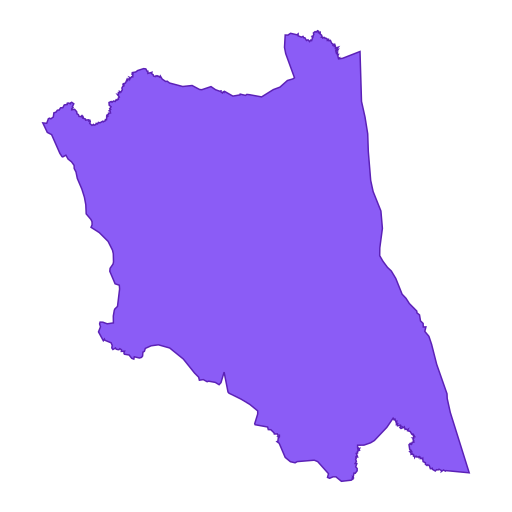 outline of Suwannakhuha, Nong Bua Lam Phu, Thailand
{"feature_id": "78962969B89578186205363", "entity_name": "Suwannakhuha", "entity_type": "district", "adm_level": 2, "iso_a3": "THA", "parent_name": "Thailand", "parent_adm1": "Nong Bua Lam Phu", "projection": "natural_earth1", "projection_center": [102.211, 17.551], "detail": "fine", "context": "isolated", "style": "filled", "palette": "violet", "viewbox_px": 512, "rotation_deg": 0, "n_neighbors": 0, "source": "geoboundaries", "source_scale": "gbopen_adm2", "svg_char_len": 5906}
<svg xmlns="http://www.w3.org/2000/svg" viewBox="0 0 512 512"><path d="M361.5,101.4L360.0,51.5L342.6,58.3L339.0,58.8L339.4,57.9L338.4,58.2L337.8,55.7L338.4,54.4L337.3,54.5L337.5,52.4L336.4,53.1L335.7,50.7L336.0,49.8L336.7,51.0L337.6,50.5L338.0,49.7L337.3,50.1L337.2,48.5L338.2,47.2L335.4,48.1L335.4,46.4L334.3,46.2L335.3,46.0L334.8,44.6L334.1,45.6L333.9,44.6L333.0,45.1L333.0,44.1L331.7,43.3L330.4,40.4L329.6,40.6L329.4,39.8L329.2,40.7L328.2,40.6L328.3,39.5L327.3,40.1L327.3,39.1L325.8,38.1L325.1,38.4L324.2,37.4L322.8,38.0L322.7,37.4L321.5,37.2L322.0,36.5L321.6,35.2L319.5,33.4L320.2,33.3L320.2,32.1L318.3,32.4L318.5,31.2L317.6,30.7L316.1,32.1L315.1,31.6L313.4,33.0L313.8,34.4L313.1,35.9L312.3,36.2L312.8,36.8L312.2,37.0L312.7,37.4L311.6,40.6L310.7,40.1L309.6,41.6L308.0,39.8L306.5,40.5L304.9,37.8L303.7,37.7L303.0,36.4L301.4,37.1L298.1,35.8L298.1,33.9L297.0,34.8L290.6,33.3L287.9,35.1L285.2,35.0L284.5,47.4L285.7,53.6L294.5,77.8L292.9,78.9L287.4,80.5L280.0,87.1L273.3,89.6L261.6,96.9L249.5,94.7L246.8,94.4L245.5,95.4L240.2,94.1L240.0,94.9L232.9,96.1L224.4,91.3L223.8,91.6L223.9,92.4L222.9,92.1L222.4,93.0L220.9,91.8L221.0,90.9L219.6,91.2L215.5,89.7L211.0,86.6L201.8,89.7L199.6,89.5L192.1,85.5L182.7,86.5L169.5,83.0L167.2,81.2L165.7,81.5L162.2,79.1L160.3,76.0L159.8,77.2L157.7,75.8L157.1,76.3L156.1,75.7L155.2,76.6L153.5,76.0L153.2,74.8L151.5,73.5L151.9,72.3L147.9,73.4L147.9,71.3L147.2,71.4L145.8,68.9L143.7,68.6L137.7,70.5L135.7,72.0L132.3,72.6L132.1,74.1L132.9,73.9L132.7,76.9L131.7,76.7L130.7,77.9L129.5,77.4L130.1,78.3L129.7,79.4L129.4,78.7L128.4,79.0L127.6,80.3L127.1,79.2L125.5,83.0L123.2,83.8L123.0,84.6L123.9,84.8L123.8,86.0L122.8,86.3L121.9,88.0L122.3,89.8L120.9,92.1L119.5,91.4L119.7,92.7L118.4,92.6L118.4,94.8L117.4,94.5L119.3,97.1L118.1,98.3L118.4,99.2L116.8,100.2L116.2,99.7L115.1,101.5L113.6,101.0L112.0,102.2L111.2,101.5L109.0,102.5L109.2,105.2L111.1,106.8L109.7,108.7L110.6,109.4L109.1,110.8L110.2,111.3L110.5,113.0L108.5,113.2L108.5,114.3L106.9,115.1L106.7,115.9L107.8,116.2L106.7,117.1L106.5,119.7L105.4,119.6L105.3,120.7L103.3,121.8L102.8,121.2L100.0,122.8L98.4,122.4L97.5,123.9L96.2,123.4L95.7,124.6L94.1,125.2L93.5,124.4L92.0,125.4L89.7,123.4L90.3,121.6L89.9,120.4L88.9,121.0L88.7,119.8L85.6,120.1L85.4,119.0L82.8,118.1L83.3,117.3L82.7,116.2L82.1,116.7L81.8,115.7L80.9,116.6L79.0,116.4L78.4,114.6L77.0,113.8L76.7,111.7L74.6,109.3L71.7,109.8L71.8,108.5L73.0,107.6L72.4,106.7L73.8,103.8L71.7,102.3L70.4,103.0L70.4,103.7L68.1,103.0L67.2,103.3L67.2,104.5L64.3,104.9L62.8,107.7L60.6,107.8L59.2,110.0L57.4,110.2L55.9,112.2L53.9,112.8L53.3,117.0L50.9,118.8L49.5,118.2L48.4,118.7L46.7,123.3L42.8,122.9L47.3,132.4L51.6,134.6L59.9,153.4L62.0,156.6L62.8,156.9L65.9,155.2L68.1,159.1L71.5,161.8L74.1,165.4L74.2,168.5L76.0,172.0L77.3,178.4L81.9,189.2L84.4,197.2L85.8,204.7L86.2,213.9L90.8,219.3L92.0,221.6L92.1,224.8L91.0,227.3L99.3,232.6L108.1,241.4L112.5,250.2L113.3,253.7L113.5,262.0L113.0,264.1L110.1,268.3L109.8,271.3L115.1,283.8L119.3,285.2L119.6,289.0L117.5,306.4L114.9,308.9L114.3,310.3L113.3,316.0L113.4,322.9L107.2,323.8L102.9,322.2L100.1,322.1L99.6,323.9L100.5,326.8L98.5,331.9L103.3,340.7L104.4,339.1L104.9,340.3L111.1,342.8L112.2,345.4L111.8,347.9L112.9,349.5L115.5,348.0L116.2,349.2L117.8,349.6L118.9,349.7L119.8,348.7L121.5,349.8L121.3,351.4L124.6,351.2L123.9,353.0L124.4,354.2L129.1,355.0L131.7,358.3L133.8,359.1L134.3,356.8L139.4,358.0L141.5,357.4L142.6,356.0L142.9,352.2L144.4,351.3L145.3,348.4L151.1,345.8L158.4,344.8L169.7,348.0L183.3,359.0L194.6,373.1L198.6,377.1L199.4,380.2L203.3,379.6L207.1,381.7L208.7,381.2L215.3,382.4L219.1,384.7L221.0,382.6L224.1,372.1L228.0,392.0L229.0,393.2L240.8,399.0L249.8,404.4L257.7,410.9L257.7,414.0L254.7,423.7L255.1,424.7L267.6,427.0L268.3,429.6L270.8,429.7L274.0,432.8L274.3,434.0L277.4,433.9L277.7,435.1L279.4,435.2L279.4,436.6L277.9,436.8L278.8,437.7L278.1,438.8L278.0,441.0L276.9,441.6L279.2,443.3L285.2,457.4L290.4,461.7L295.1,462.8L297.2,461.6L314.3,460.2L317.7,461.6L328.5,473.7L327.5,477.4L329.6,478.3L333.1,476.8L335.9,476.8L341.4,481.3L351.2,480.2L352.6,479.2L352.3,478.5L353.0,478.6L352.8,477.5L353.7,478.5L353.2,476.8L354.0,473.1L355.2,473.3L357.1,470.9L357.2,468.6L355.7,466.8L356.8,463.6L355.2,463.5L356.4,461.4L355.6,459.2L356.2,458.5L355.8,457.0L356.5,456.0L356.9,457.0L357.6,457.0L356.3,453.4L357.6,453.0L357.4,451.4L359.5,450.2L359.0,449.6L359.4,448.8L358.0,449.5L357.7,448.3L358.4,447.9L357.6,447.4L357.6,445.2L364.0,445.1L370.6,442.8L374.4,440.5L386.8,427.4L393.1,418.2L394.1,419.8L394.9,419.1L395.8,421.5L396.7,421.3L396.2,422.7L397.2,423.3L396.5,423.5L396.4,424.6L397.2,424.4L397.5,425.8L400.4,425.2L400.5,426.7L399.9,427.5L401.0,428.5L402.8,427.7L402.4,426.9L403.6,427.6L404.3,426.9L405.1,429.4L405.9,429.0L407.4,429.8L408.1,429.3L407.6,430.7L410.2,431.5L411.8,434.2L412.5,434.7L412.4,434.1L413.1,434.1L414.6,436.5L413.6,436.4L413.8,437.9L412.6,438.0L413.4,438.6L413.0,439.9L413.7,440.4L413.8,442.2L412.4,442.1L412.1,443.0L410.8,443.3L411.6,444.1L411.2,444.5L409.8,443.9L409.0,444.7L409.7,449.4L411.0,450.3L409.9,451.4L411.4,451.6L410.5,452.6L411.2,453.3L411.1,454.1L412.1,453.5L412.1,454.3L413.5,454.5L413.5,456.1L414.6,456.3L414.7,457.4L415.4,456.4L416.4,456.3L416.9,457.1L419.1,456.6L419.0,457.5L420.1,457.2L420.3,458.6L421.4,458.2L422.1,458.9L422.7,458.3L423.1,461.6L425.4,462.7L425.4,464.3L427.0,465.5L427.5,464.9L429.2,465.4L430.4,468.7L432.3,468.3L432.4,469.3L435.3,471.0L436.5,469.7L438.2,469.9L439.0,469.2L441.7,470.7L441.5,471.4L443.5,470.0L445.4,471.1L446.0,470.6L469.2,472.8L450.3,412.5L447.2,398.5L447.0,393.8L436.7,364.4L431.6,344.4L428.9,336.3L424.8,331.4L425.9,326.9L423.3,327.0L423.1,323.4L420.5,320.9L419.5,314.9L416.9,312.8L416.8,311.1L409.3,303.5L406.0,298.3L402.1,294.2L395.8,278.5L391.3,271.0L387.4,267.3L382.9,261.2L379.7,255.7L379.8,247.9L382.4,228.4L380.9,211.0L373.1,191.5L370.7,180.5L368.3,151.4L367.7,133.8L365.0,117.0L361.5,101.4Z" fill="#8b5cf6" stroke="#5b21b6" stroke-width="1.5"/></svg>